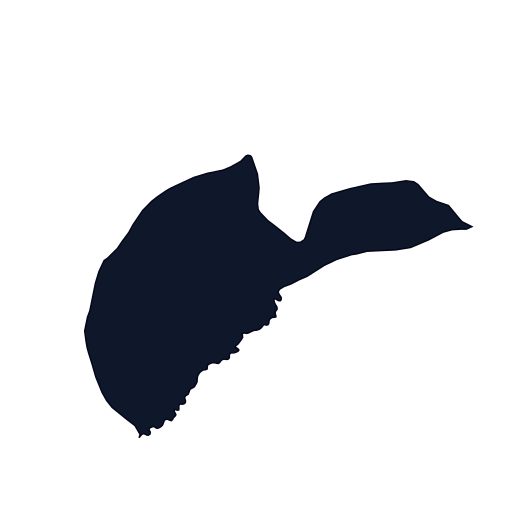 San Bartolomé Jocotenango, Quiché, Guatemala, rotated 150°
{"feature_id": "79465075B4206970956801", "entity_name": "San Bartolomé Jocotenango", "entity_type": "district", "adm_level": 2, "iso_a3": "GTM", "parent_name": "Guatemala", "parent_adm1": "Quiché", "projection": "orthographic", "projection_center": [-91.028, 15.183], "detail": "fine", "context": "isolated", "style": "filled", "palette": "ink", "viewbox_px": 512, "rotation_deg": 150, "n_neighbors": 0, "source": "geoboundaries", "source_scale": "gbopen_adm2", "svg_char_len": 3072}
<svg xmlns="http://www.w3.org/2000/svg" viewBox="0 0 512 512"><g transform="rotate(150 256 256)"><path d="M54.4,173.5L60.4,182.6L61.0,185.2L64.1,203.5L72.6,213.2L77.0,220.8L80.0,236.9L82.2,241.3L88.4,246.1L101.6,251.2L110.2,255.7L120.5,260.9L140.8,267.2L159.3,271.8L167.6,271.9L173.4,271.0L184.0,265.7L202.2,249.0L203.3,247.9L206.1,245.9L210.9,245.7L214.2,247.6L215.9,250.6L217.6,253.6L220.3,261.5L224.6,272.4L228.2,281.0L230.8,291.7L230.8,295.4L228.5,300.6L223.0,308.2L219.3,313.5L213.8,326.3L210.4,343.8L210.7,345.6L212.6,347.3L214.6,347.7L221.9,345.6L233.8,345.8L241.8,346.9L256.4,351.8L270.5,355.1L294.9,357.3L297.9,357.4L302.2,357.3L311.4,356.6L319.1,355.5L331.3,352.1L346.6,344.7L354.3,340.0L363.8,335.9L372.3,331.8L385.7,328.3L389.8,328.0L399.7,321.1L408.6,312.8L427.3,291.6L432.5,287.3L441.8,276.8L446.1,266.4L448.2,260.5L449.5,255.4L452.1,243.8L455.2,231.3L457.5,214.8L457.6,205.5L456.3,196.8L449.7,179.6L445.6,169.6L445.6,159.4L448.1,157.1L444.3,158.6L442.3,158.5L440.7,156.6L440.1,155.5L438.8,154.6L436.8,154.8L435.6,156.3L435.5,159.4L433.9,160.2L431.4,160.0L429.6,159.4L428.6,157.2L427.7,156.2L426.3,155.8L424.6,155.7L423.4,155.8L421.5,156.3L420.2,157.3L418.8,158.5L417.6,159.4L416.0,159.7L414.8,159.2L413.9,158.5L412.8,156.9L411.6,155.7L409.8,156.2L408.7,157.2L406.4,157.7L404.8,158.5L404.6,159.8L404.5,162.3L403.5,163.9L402.3,163.0L401.2,161.8L399.9,161.3L399.1,162.4L397.9,164.6L396.5,165.9L395.0,165.3L393.4,164.2L391.9,164.0L390.7,164.3L389.7,165.3L389.3,166.6L389.0,167.9L388.5,169.3L386.8,170.2L385.2,170.2L383.9,170.2L381.5,172.1L380.6,173.1L379.3,173.6L378.0,173.6L376.5,173.5L375.4,173.5L374.0,174.0L372.1,175.1L371.1,175.7L370.0,176.5L368.3,179.0L367.5,180.1L366.8,181.0L365.6,181.9L363.7,182.9L362.4,183.4L360.1,183.7L358.6,183.7L356.3,182.7L354.8,182.6L353.7,184.2L352.7,185.6L351.3,185.8L349.4,185.8L347.6,185.5L346.2,184.9L344.8,183.9L343.7,182.8L342.6,181.9L340.9,181.8L339.3,182.7L337.7,183.0L336.3,183.1L335.2,182.7L333.9,181.6L332.5,180.8L331.2,180.6L329.8,181.4L328.9,183.1L327.8,184.4L325.6,184.5L324.7,183.8L323.5,183.1L320.8,182.6L319.2,182.5L317.9,183.1L318.0,184.6L318.8,186.1L319.6,187.6L318.2,188.4L316.7,188.6L315.6,188.8L310.8,190.8L308.3,192.2L307.6,193.7L307.0,195.4L305.2,195.4L303.9,194.7L302.9,193.7L301.3,193.2L299.1,193.0L297.3,192.9L295.7,192.7L294.0,192.3L293.1,191.7L291.9,191.3L289.7,190.9L288.1,191.0L286.2,191.6L284.5,192.4L283.1,192.5L281.6,191.0L280.1,190.5L278.4,191.5L277.2,193.3L275.9,194.4L274.0,194.7L272.2,194.6L270.6,193.6L269.1,193.4L268.6,194.7L268.3,196.0L267.9,197.1L266.6,198.5L265.5,198.8L264.3,199.4L263.4,201.3L263.4,202.8L263.5,204.5L263.3,206.2L262.9,208.2L262.0,209.6L260.3,209.0L259.9,207.9L259.0,206.3L257.5,205.1L256.4,205.4L255.6,206.2L254.9,207.6L255.1,210.7L255.1,212.7L254.7,213.7L253.7,214.6L252.6,215.3L250.9,215.5L249.2,215.5L247.4,215.6L239.4,214.3L230.5,213.9L221.9,212.9L201.6,213.8L187.8,212.7L172.5,209.4L168.1,207.6L157.6,204.7L132.0,191.5L117.9,186.1L98.5,183.7L82.0,183.1L73.1,180.8L64.6,176.6L60.4,174.1L54.4,173.5Z" fill="#0f172a" stroke="#020617" stroke-width="1.5"/></g></svg>